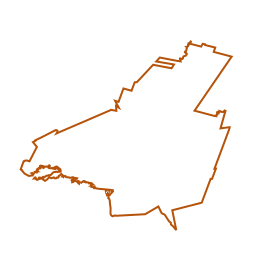 the district of Padilla, Tamaulipas, Mexico, rotated 98°
{"feature_id": "50627088B25570843702160", "entity_name": "Padilla", "entity_type": "district", "adm_level": 2, "iso_a3": "MEX", "parent_name": "Mexico", "parent_adm1": "Tamaulipas", "projection": "equal_earth", "projection_center": [-98.825, 23.979], "detail": "fine", "context": "isolated", "style": "outline", "palette": "amber", "viewbox_px": 256, "rotation_deg": 98, "n_neighbors": 0, "source": "geoboundaries", "source_scale": "gbopen_adm2", "svg_char_len": 5878}
<svg xmlns="http://www.w3.org/2000/svg" viewBox="0 0 256 256"><g transform="rotate(98 128 128)"><path d="M42.9,35.3L40.7,53.7L36.2,52.8L35.1,63.2L34.4,63.3L34.2,65.7L37.2,66.9L35.9,78.3L33.8,77.7L33.6,78.0L35.0,78.8L35.9,78.8L35.8,79.9L36.2,80.0L36.2,79.7L36.9,79.3L37.7,79.5L38.3,79.8L38.3,80.1L38.8,80.1L39.2,80.5L39.5,81.5L40.1,80.7L40.6,80.7L41.0,81.0L43.5,81.1L44.0,81.3L44.3,82.1L44.7,82.3L45.2,82.1L45.5,81.7L46.0,80.3L46.7,80.0L48.5,81.0L48.9,82.3L49.5,83.1L50.3,83.3L51.2,83.2L52.0,83.7L52.3,84.5L51.8,85.4L51.9,86.2L52.4,86.2L52.6,85.2L53.8,85.4L54.7,85.1L54.7,88.4L53.8,106.3L58.2,109.3L58.7,91.3L62.8,93.2L61.9,111.9L81.4,125.6L81.8,127.7L90.6,129.7L89.5,138.0L103.4,141.0L102.9,144.5L109.1,140.0L107.9,142.9L112.6,141.9L112.4,147.4L112.7,147.6L114.1,150.0L143.2,197.9L142.2,197.4L140.5,197.5L140.3,197.7L140.1,199.0L140.4,199.3L140.3,199.6L148.9,211.8L153.1,218.1L153.5,217.8L155.2,220.2L159.4,215.6L174.7,220.9L174.2,223.8L174.7,225.5L175.3,225.9L175.5,226.2L175.5,226.7L183.8,228.5L184.2,227.5L184.6,227.6L185.6,226.2L187.5,224.2L189.3,219.5L188.3,216.3L187.9,216.5L187.7,216.4L187.6,216.1L187.9,215.7L187.5,215.6L186.5,215.9L186.1,217.0L185.9,216.6L186.7,215.2L184.6,213.8L184.0,212.8L184.6,212.3L184.7,212.1L184.2,211.9L184.0,212.6L183.8,211.9L183.6,212.7L183.2,212.7L182.6,212.0L182.8,211.4L182.7,211.4L182.3,211.8L181.9,211.5L181.8,211.8L181.9,212.1L181.6,212.3L181.0,211.2L180.9,211.5L180.1,210.9L179.6,210.2L179.7,209.5L180.6,209.5L180.4,209.4L180.2,209.0L179.7,209.0L179.3,208.8L178.7,208.8L178.5,209.7L178.2,209.9L177.8,209.9L177.5,209.4L177.4,208.7L177.7,207.8L177.4,207.2L177.6,206.7L179.1,206.7L179.4,206.3L178.9,205.7L178.4,206.1L178.1,205.9L177.7,204.9L177.7,203.6L177.4,203.0L177.4,202.5L177.1,202.0L176.9,201.3L176.2,201.1L175.9,200.8L176.1,200.3L176.6,200.1L176.9,200.2L178.1,201.2L178.3,200.8L178.6,200.8L178.7,199.5L178.6,198.9L177.6,195.5L178.3,195.2L178.7,195.8L178.8,194.7L178.3,194.8L178.2,194.6L178.3,194.3L178.1,194.2L177.6,194.3L177.2,194.6L176.7,194.6L176.1,193.6L176.2,192.9L176.6,192.1L176.8,192.1L176.9,192.8L177.2,192.2L177.5,192.2L177.6,192.4L178.1,192.2L177.4,191.0L177.4,190.7L177.7,190.5L178.2,191.0L178.6,190.6L178.1,190.4L178.0,189.7L178.7,189.0L179.2,188.8L179.4,188.9L179.4,189.1L179.2,189.4L179.2,189.8L179.6,190.1L179.9,189.5L180.1,189.6L180.1,189.8L180.3,188.8L180.4,188.6L180.6,188.6L181.1,191.1L181.4,191.9L181.1,192.4L181.3,192.9L181.7,193.5L181.8,195.0L183.2,196.6L184.9,197.6L185.3,198.2L185.9,200.3L186.4,200.8L186.6,202.2L187.8,203.2L188.2,205.3L189.0,205.7L189.3,206.2L189.4,209.1L189.6,209.3L190.3,208.8L190.5,208.9L191.5,210.2L191.6,210.9L191.2,211.7L190.6,212.4L190.2,212.4L189.8,212.8L189.9,213.2L191.1,214.0L190.9,213.1L192.0,211.0L191.9,210.5L190.7,208.6L190.4,207.6L189.9,204.8L190.9,204.8L191.9,202.9L190.9,201.6L188.5,199.6L187.5,199.0L188.4,197.1L188.3,196.8L187.9,196.3L187.9,195.8L187.7,195.5L187.3,194.7L187.3,194.3L188.0,193.8L188.0,192.9L187.6,191.8L187.0,191.6L186.8,191.3L186.9,190.4L186.2,189.9L185.1,189.9L184.9,189.7L184.5,188.9L183.5,188.1L183.2,188.2L182.8,187.6L183.4,186.9L184.2,185.4L184.5,185.6L184.8,186.3L185.1,186.4L185.0,185.4L185.5,185.1L184.9,184.7L184.4,184.0L184.3,183.6L184.3,183.2L185.2,182.6L185.3,182.4L185.1,180.1L185.1,179.6L185.5,179.1L185.0,177.2L184.5,176.2L184.4,175.7L184.7,175.0L185.2,174.3L185.1,174.0L184.8,173.8L185.0,173.0L184.8,172.2L184.9,171.4L185.5,171.7L185.6,173.1L186.3,173.7L186.0,174.7L186.2,174.8L186.2,175.0L186.8,176.1L187.4,176.2L187.5,176.6L187.8,176.6L188.1,176.3L187.9,175.7L188.1,175.3L188.5,175.2L189.2,175.7L189.5,175.7L189.3,175.0L189.0,174.6L188.5,174.2L187.8,174.1L187.8,173.9L187.8,171.9L188.0,171.7L188.2,171.0L188.6,170.6L188.2,170.2L187.4,170.1L187.4,169.7L189.2,169.8L189.5,169.6L190.0,168.8L189.8,168.8L189.3,169.2L189.2,168.9L188.4,168.4L188.4,167.9L188.7,166.6L188.4,166.5L187.7,165.7L187.3,164.6L186.9,164.8L186.6,164.4L186.6,163.8L187.0,163.0L187.5,163.0L187.6,162.1L187.7,162.3L187.8,162.0L187.7,161.9L187.4,161.4L187.5,159.6L188.2,159.2L187.8,158.4L188.0,158.0L187.7,157.7L187.7,156.3L187.9,156.0L188.2,156.2L188.3,155.8L188.6,155.3L188.6,155.7L189.3,156.7L189.6,156.5L189.7,156.8L189.7,156.3L190.1,156.6L190.0,156.3L190.5,156.2L190.6,155.8L191.3,155.9L191.2,155.4L191.5,155.2L191.1,154.5L190.9,153.3L190.9,152.8L191.2,152.6L192.1,153.2L192.3,153.2L192.1,151.5L192.1,150.8L192.3,150.5L192.2,149.0L192.3,147.0L192.1,145.6L191.9,141.4L192.2,141.0L192.6,141.4L193.0,141.3L192.7,141.2L192.5,140.5L192.0,140.6L191.8,140.4L191.8,138.7L192.5,138.3L192.6,138.2L192.0,138.3L191.7,137.9L191.8,137.2L192.5,136.8L192.0,136.9L191.7,136.7L191.7,134.7L192.2,134.8L192.1,134.3L192.8,134.1L192.9,134.3L193.2,134.4L193.3,134.7L193.5,134.5L193.8,134.7L193.9,135.2L194.1,135.1L194.4,135.1L196.3,136.6L196.5,136.9L196.6,137.4L195.7,138.6L196.3,138.4L196.4,139.6L196.8,139.3L197.3,139.6L197.5,139.5L196.8,138.5L196.8,138.0L197.1,137.6L197.3,138.3L197.4,137.7L197.8,137.5L198.4,137.8L200.1,137.8L200.4,137.0L202.5,135.9L204.4,135.6L209.7,134.1L215.3,133.4L216.6,132.7L217.4,131.5L217.5,130.8L216.4,128.7L216.6,127.7L211.0,99.0L201.5,87.0L207.7,82.8L208.1,81.7L208.5,80.2L208.9,79.4L214.7,74.4L215.6,72.8L216.0,72.3L217.1,72.2L217.7,71.9L218.8,70.0L222.4,66.0L203.3,72.7L191.7,44.6L166.9,39.1L166.7,37.7L156.0,35.3L156.3,36.7L114.7,27.5L113.0,27.5L115.5,36.3L97.5,33.9L97.5,34.2L97.8,34.1L97.8,34.4L98.0,34.3L98.4,34.7L98.5,34.8L98.2,34.9L98.6,35.1L98.5,35.4L98.8,35.5L98.8,36.4L99.0,36.6L99.1,36.4L99.0,38.0L98.5,38.7L98.9,39.4L98.6,39.9L99.0,39.9L99.2,40.6L99.4,40.5L99.8,40.6L99.7,41.1L99.9,41.5L100.2,41.3L100.0,40.9L100.2,40.6L100.4,40.9L100.7,40.7L100.7,41.3L100.8,41.1L101.0,41.3L100.8,41.8L101.5,41.6L101.8,41.8L102.1,41.6L102.2,42.0L102.6,42.1L103.0,41.9L103.2,42.0L102.9,42.2L103.0,42.3L103.6,42.3L103.7,42.5L103.3,42.5L103.6,42.9L103.9,42.7L103.8,43.4L104.1,43.6L101.6,64.5L42.9,35.3Z" fill="none" stroke="#b45309" stroke-width="2"/></g></svg>